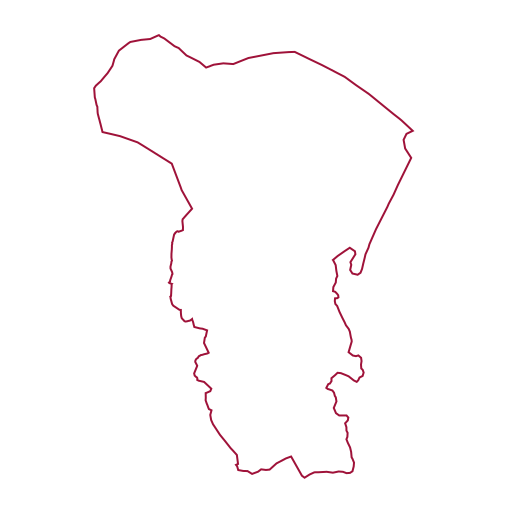 outline of Al Makhrim, Homs (Hims), Syria, rotated 269°
{"feature_id": "27442178B17685723948764", "entity_name": "Al Makhrim", "entity_type": "district", "adm_level": 2, "iso_a3": "SYR", "parent_name": "Syria", "parent_adm1": "Homs (Hims)", "projection": "albers", "projection_center": [37.338, 34.825], "detail": "fine", "context": "isolated", "style": "outline", "palette": "rose", "viewbox_px": 512, "rotation_deg": 269, "n_neighbors": 0, "source": "geoboundaries", "source_scale": "gbopen_adm2", "svg_char_len": 5047}
<svg xmlns="http://www.w3.org/2000/svg" viewBox="0 0 512 512"><g transform="rotate(269 256 256)"><path d="M378.4,414.9L384.1,409.0L389.0,403.9L390.9,401.7L395.5,396.0L408.5,380.6L409.1,379.9L413.0,375.3L416.0,371.7L419.6,366.7L425.1,359.0L433.5,347.9L434.3,346.5L437.2,341.1L442.9,330.6L445.8,325.2L452.4,312.0L454.0,308.9L459.4,298.3L459.3,292.2L458.5,276.9L455.4,259.4L454.1,251.9L450.4,242.1L448.9,238.2L448.3,236.6L448.8,231.2L449.2,226.7L448.0,217.1L447.0,214.2L446.5,213.0L445.3,209.4L451.0,202.9L456.1,193.2L457.7,190.0L462.9,184.7L465.3,182.3L466.1,180.5L467.2,178.2L475.1,168.1L476.1,166.2L477.0,164.4L478.5,162.8L478.1,161.7L474.8,154.0L474.1,144.9L472.2,134.1L471.0,132.2L463.7,122.5L455.2,117.7L453.3,117.2L448.7,115.8L441.4,110.8L437.6,107.4L433.4,103.8L431.8,101.9L429.3,99.1L429.2,98.9L426.6,97.1L417.6,97.6L417.0,97.7L415.7,98.1L409.9,99.2L407.9,100.0L406.1,100.0L404.3,100.1L403.4,100.1L403.0,100.1L400.9,100.3L399.7,100.6L398.9,100.8L396.4,101.4L394.9,101.8L394.1,102.0L393.6,102.1L391.9,102.5L390.8,102.8L388.6,103.3L385.6,104.0L384.9,104.2L383.7,104.4L383.3,104.5L382.6,104.7L380.4,113.6L378.2,122.2L376.4,127.0L371.7,139.6L368.4,144.8L349.8,173.4L326.0,181.9L323.2,182.8L304.4,192.9L298.0,186.9L294.0,183.3L292.2,183.0L291.4,183.1L291.1,183.1L286.4,183.5L283.2,183.4L282.7,182.3L282.6,182.1L282.2,180.8L281.6,179.0L282.0,178.4L282.1,178.2L282.1,177.7L281.4,176.6L280.3,175.5L280.2,175.5L280.2,175.4L279.9,175.2L278.9,174.5L272.0,172.9L271.8,172.8L270.6,172.3L269.8,172.5L269.7,172.5L268.6,172.2L268.2,172.1L266.7,172.1L263.6,171.9L259.6,171.5L259.2,171.5L256.0,171.4L255.3,171.5L254.1,171.6L252.9,171.9L252.0,171.5L251.9,171.4L249.8,171.1L249.5,171.0L247.6,170.5L246.8,170.3L244.9,170.3L243.1,171.1L242.2,171.5L241.2,171.9L240.4,172.0L239.5,172.2L238.8,171.7L238.1,171.5L237.4,171.3L235.7,170.7L234.1,170.1L233.6,169.9L233.3,169.8L232.9,169.7L232.0,169.6L231.7,169.3L231.1,168.7L230.9,168.5L230.4,169.0L229.6,171.3L229.5,171.2L226.1,171.0L224.2,170.8L219.3,170.5L218.7,170.4L218.0,170.4L217.9,170.3L217.5,170.3L217.4,170.3L216.8,169.6L216.3,169.8L216.1,169.8L215.4,169.9L214.9,169.9L214.1,170.1L209.4,171.3L208.2,172.1L207.7,172.5L206.4,174.4L203.6,178.4L203.4,179.1L203.4,179.9L202.4,179.9L201.9,179.9L201.3,179.9L200.5,179.9L199.0,180.0L197.7,180.1L197.0,180.2L195.3,180.6L194.6,181.1L193.7,181.9L192.9,182.7L192.4,183.0L192.0,183.5L191.7,184.4L191.9,185.9L192.3,187.4L192.5,188.7L193.1,189.6L193.7,190.5L194.1,191.0L193.0,191.2L191.8,191.7L190.8,192.0L189.9,192.2L188.8,192.4L187.3,192.8L186.1,193.1L184.6,198.6L184.2,201.4L184.1,201.6L182.5,205.8L176.4,204.4L175.2,203.4L169.9,202.5L160.1,207.0L159.5,206.0L159.2,204.9L159.0,203.9L158.8,202.9L158.6,202.1L158.2,200.9L158.0,199.9L157.8,198.8L157.3,198.3L156.8,197.1L155.0,195.9L154.5,195.0L154.1,194.5L152.8,193.7L152.6,193.6L151.2,193.4L147.3,195.3L146.5,195.0L139.7,192.1L137.5,192.6L136.3,193.8L135.6,194.8L134.8,195.2L133.1,195.1L132.8,195.7L132.7,195.9L132.4,196.3L131.0,201.9L124.1,209.0L123.6,208.8L122.5,208.3L121.6,207.9L121.3,207.0L121.0,206.4L120.5,205.1L120.1,204.2L119.8,203.3L119.0,203.3L118.2,203.3L117.0,203.3L116.0,203.3L114.9,203.3L113.7,203.2L112.7,203.1L111.4,203.5L110.2,203.9L109.5,204.1L108.5,204.5L107.8,204.8L107.2,205.0L106.3,205.3L105.4,205.6L104.6,205.9L103.7,206.3L103.4,207.0L102.5,208.8L97.9,207.5L92.8,208.3L88.5,210.1L86.8,211.2L77.9,216.8L70.9,222.3L64.3,227.3L61.9,229.5L57.4,233.4L48.4,234.4L47.5,232.4L46.0,233.5L42.3,234.5L41.3,239.5L41.1,243.8L38.2,248.3L39.2,251.1L40.3,254.3L42.6,257.4L41.9,262.2L42.2,265.9L48.3,272.9L53.1,282.4L54.9,287.6L35.5,298.1L33.5,300.7L36.6,305.8L38.7,310.6L38.7,314.9L39.0,322.9L38.0,329.1L39.1,334.9L38.7,339.2L37.3,342.7L37.5,346.2L39.1,348.7L43.8,350.0L47.7,350.4L51.6,348.9L53.0,348.1L58.5,347.7L63.0,346.7L67.5,344.6L71.2,343.2L73.5,344.2L77.6,344.5L79.8,343.4L83.3,343.4L87.2,342.2L90.0,344.9L92.9,345.5L93.3,345.1L95.0,343.7L95.1,336.4L97.5,333.2L99.8,332.3L102.7,331.1L109.2,333.9L113.3,333.3L114.7,332.4L118.0,331.6L120.2,330.0L121.4,326.7L121.8,325.4L122.9,324.0L126.6,326.0L127.2,327.7L129.6,329.3L132.5,329.3L135.4,332.9L137.8,335.5L137.4,338.8L135.4,343.6L134.1,346.5L129.9,351.6L128.4,354.5L129.9,356.0L132.7,357.4L134.2,360.5L137.6,361.6L140.3,360.7L141.7,359.3L145.6,359.1L149.1,359.7L152.4,359.3L154.8,356.6L154.1,354.2L154.8,351.1L158.2,346.9L161.1,347.8L168.8,350.2L170.5,350.1L172.7,349.5L175.0,349.1L178.7,348.5L181.5,347.4L185.2,344.7L188.1,343.5L192.8,341.2L198.7,338.5L200.3,337.9L204.6,336.3L206.7,334.5L209.6,334.0L212.3,334.3L212.4,336.5L213.2,337.7L215.3,337.5L216.7,336.5L218.8,334.6L219.5,332.4L223.6,332.8L228.1,335.3L232.0,335.7L234.6,337.0L239.7,336.1L245.5,335.5L250.6,333.0L250.7,332.9L254.6,337.7L259.5,345.0L262.6,349.9L259.0,355.0L256.0,355.4L248.2,350.3L245.5,351.1L240.4,349.9L236.8,352.1L235.5,357.3L237.4,360.2L241.2,361.8L246.5,363.1L252.5,364.7L255.8,365.5L262.3,368.6L265.8,369.6L280.8,376.5L302.8,388.2L306.1,389.7L314.9,394.6L324.5,399.1L351.4,412.9L360.9,407.0L369.6,405.6L375.5,408.6L378.4,414.9Z" fill="none" stroke="#9f1239" stroke-width="2"/></g></svg>